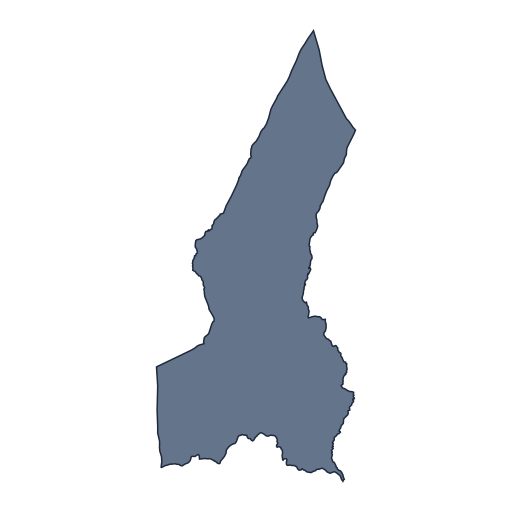 outline of Hai, Kilimanjaro, United Republic of Tanzania
{"feature_id": "72390352B77483544974211", "entity_name": "Hai", "entity_type": "district", "adm_level": 2, "iso_a3": "TZA", "parent_name": "United Republic of Tanzania", "parent_adm1": "Kilimanjaro", "projection": "robinson", "projection_center": [37.242, -3.24], "detail": "fine", "context": "isolated", "style": "filled", "palette": "slate", "viewbox_px": 512, "rotation_deg": 0, "n_neighbors": 0, "source": "geoboundaries", "source_scale": "gbopen_adm2", "svg_char_len": 6117}
<svg xmlns="http://www.w3.org/2000/svg" viewBox="0 0 512 512"><path d="M161.2,468.0L161.2,467.7L165.2,465.6L167.8,465.0L169.4,464.3L175.4,463.8L176.4,464.2L179.0,464.4L180.0,465.3L182.1,465.9L185.1,464.0L188.0,462.9L189.5,461.6L190.5,459.8L191.1,457.1L191.7,456.5L192.4,456.3L194.9,456.5L198.0,454.5L198.7,454.8L199.3,456.2L199.5,459.1L204.9,458.5L208.1,458.9L209.1,458.6L210.4,458.8L214.5,460.8L214.4,461.1L216.2,461.9L217.1,462.9L218.2,463.5L219.4,463.6L219.9,463.4L220.5,461.3L224.3,456.6L226.0,453.3L226.4,450.0L226.8,449.4L229.0,446.6L231.1,445.0L232.7,444.1L235.0,443.4L235.5,442.9L236.6,441.1L237.3,438.7L238.5,435.9L241.3,435.1L242.0,434.5L243.9,435.1L246.7,435.3L247.1,436.6L247.9,438.1L248.8,438.6L250.2,438.6L251.5,440.4L252.7,440.9L253.7,440.2L255.4,437.3L256.9,436.0L257.9,434.7L260.0,433.0L261.2,432.7L263.8,434.0L266.5,436.0L268.4,436.1L270.4,435.2L273.0,435.4L274.6,435.7L275.7,436.6L277.1,439.0L277.2,440.2L277.0,441.6L277.7,443.1L277.7,443.8L276.6,445.0L276.6,446.5L276.9,447.0L277.4,447.2L278.5,446.6L279.1,446.7L280.8,447.5L281.0,448.7L282.3,450.3L282.4,451.1L282.6,453.1L282.1,455.4L282.7,459.9L283.1,460.2L284.2,458.9L285.0,458.7L285.8,458.7L286.8,459.3L287.0,459.9L286.3,462.0L286.5,464.5L286.9,465.0L287.3,465.3L290.1,465.1L292.6,465.6L293.9,465.4L296.8,466.9L297.6,468.9L299.1,470.2L301.0,469.9L302.1,468.8L303.6,470.0L305.0,470.4L306.9,471.9L310.1,472.5L311.5,472.5L313.1,471.4L315.4,470.7L316.9,469.3L318.9,469.3L321.4,468.4L322.6,468.4L325.0,469.8L327.2,472.0L329.6,473.1L330.4,473.2L332.9,472.1L334.9,471.8L337.1,473.3L340.2,475.8L341.5,479.3L342.9,481.3L343.5,480.0L344.3,479.3L343.2,476.7L343.0,475.1L341.8,472.6L340.6,471.0L338.8,470.2L337.4,469.0L337.1,467.7L336.1,467.1L336.1,466.1L334.4,462.7L334.1,462.3L333.2,462.2L332.6,461.2L332.3,459.7L331.4,458.3L332.4,454.4L331.5,453.1L332.3,452.1L331.5,450.3L333.2,448.5L333.1,448.2L332.3,447.4L333.2,446.4L333.1,446.1L332.5,445.9L333.3,443.5L333.2,443.3L332.5,443.2L332.4,442.8L332.9,441.4L333.6,441.0L334.2,440.1L334.2,437.5L336.2,435.9L337.6,434.0L339.0,433.6L340.4,432.2L340.3,431.7L339.1,431.0L339.0,430.5L340.7,427.8L341.2,425.7L343.3,423.4L343.7,418.8L347.7,414.8L348.3,413.2L347.8,410.9L349.8,410.1L349.4,407.3L350.3,406.1L351.6,405.1L351.9,403.5L353.5,401.7L353.4,400.4L352.9,400.3L352.7,399.6L353.2,398.8L353.6,398.7L354.0,398.9L354.4,398.5L354.3,398.0L353.5,397.1L353.2,396.3L353.5,395.6L353.9,395.3L353.4,394.4L353.7,392.8L353.4,392.1L351.0,391.5L349.8,391.6L346.5,389.9L344.8,388.7L342.7,388.1L341.1,385.8L341.3,385.2L342.6,384.5L343.1,383.8L342.6,382.6L343.2,381.5L342.9,380.0L343.3,377.3L344.3,375.5L345.2,374.8L345.4,373.8L345.7,373.8L345.5,373.5L346.7,372.4L346.4,371.1L347.1,369.2L346.5,365.4L346.8,363.8L345.8,363.3L345.6,362.1L344.2,362.0L343.7,361.3L342.5,359.0L342.4,358.1L340.8,355.7L340.9,353.8L340.6,353.0L339.1,352.4L338.7,351.2L337.9,350.5L337.6,347.5L336.7,346.9L336.3,345.9L335.8,345.6L334.9,345.7L333.4,346.3L332.8,346.3L331.9,344.9L330.7,341.1L329.4,340.4L328.6,339.3L326.5,338.6L324.0,335.2L323.8,334.5L324.0,333.6L323.9,332.6L325.3,331.2L326.1,327.9L326.1,324.0L325.3,321.7L325.3,319.3L322.8,319.6L322.1,319.3L320.9,317.6L319.6,316.7L317.5,316.7L315.6,316.2L313.4,316.4L308.5,317.9L308.0,316.5L308.5,315.3L309.1,311.1L308.3,309.0L308.3,306.9L307.0,305.1L306.5,302.2L306.1,302.3L305.9,302.8L305.4,302.9L303.1,300.8L302.3,299.0L302.2,297.3L303.3,293.6L303.6,290.0L304.1,289.1L304.0,287.6L304.7,285.7L304.5,284.5L304.8,284.1L305.4,284.4L305.4,284.1L304.8,283.2L304.9,282.3L305.6,280.4L306.8,279.6L307.0,279.0L307.4,278.7L307.7,277.1L307.4,275.8L307.8,274.8L307.8,273.7L308.2,273.5L308.6,273.9L310.7,269.5L310.2,268.0L308.8,268.3L308.7,267.8L309.8,266.3L310.2,265.1L310.7,260.6L312.0,258.6L312.0,257.2L311.8,255.6L311.3,254.8L310.2,252.2L310.4,251.2L309.9,250.3L309.7,248.9L309.9,248.2L309.7,246.8L309.9,246.4L309.2,245.9L309.1,245.3L310.0,239.0L310.5,237.8L311.5,236.1L313.4,234.8L313.2,233.9L313.6,232.9L315.2,232.7L316.9,228.9L317.6,226.6L317.6,225.4L317.0,222.8L316.8,219.3L316.1,217.6L316.3,217.0L316.1,214.3L317.1,212.6L318.4,211.3L319.2,210.0L319.2,209.5L319.8,208.9L320.2,206.9L320.1,205.8L320.7,205.4L321.3,203.8L323.0,201.4L324.7,196.0L326.7,190.8L329.6,185.0L330.7,180.6L332.8,176.2L334.8,173.3L336.6,172.5L337.3,171.8L343.5,162.9L344.6,157.7L345.2,157.0L346.4,154.6L346.4,152.0L346.9,148.2L347.8,146.1L353.7,134.4L355.5,130.1L352.9,127.2L350.4,123.4L348.1,120.4L346.5,118.8L330.4,88.9L325.8,79.4L322.0,65.0L319.2,50.1L313.5,30.7L307.8,38.8L305.0,43.5L301.0,49.4L299.2,53.2L296.3,60.8L291.5,71.0L289.4,76.6L287.3,81.0L277.6,96.0L276.5,98.7L272.6,105.7L270.9,109.3L268.6,118.1L266.3,124.2L264.2,127.8L262.9,128.9L260.8,131.8L259.0,136.5L256.0,141.5L254.4,142.8L252.0,145.7L251.5,147.2L251.7,148.0L251.0,149.0L250.7,154.7L250.8,155.4L251.5,156.4L250.3,158.4L249.7,158.4L249.3,158.8L248.9,159.4L248.9,160.2L248.2,160.9L247.8,162.4L246.6,164.7L242.3,170.4L240.5,175.6L238.8,178.1L238.7,179.6L236.5,185.3L231.6,195.6L226.2,205.7L223.6,212.9L223.3,213.2L220.1,214.2L219.8,215.5L218.6,216.2L217.6,217.7L216.5,218.4L216.0,219.1L214.7,220.0L213.9,222.0L213.6,223.9L212.1,225.6L211.9,226.0L212.3,226.7L212.0,227.6L212.1,228.8L210.2,229.7L209.2,230.8L208.5,229.9L208.0,230.3L207.6,231.2L205.8,231.5L205.1,233.0L204.6,235.6L203.2,236.7L202.6,237.6L200.1,239.0L196.9,239.7L195.8,240.7L195.3,243.9L195.2,246.8L196.6,249.2L197.4,252.3L197.3,252.8L196.0,254.1L195.7,255.6L194.6,255.8L194.3,257.7L193.4,259.7L192.8,260.5L192.9,261.3L192.4,263.4L193.0,264.4L192.5,265.8L193.0,268.2L192.7,269.9L192.8,270.3L195.1,271.5L197.1,274.1L197.9,274.4L198.6,275.8L199.6,275.8L200.0,276.0L201.5,278.0L201.9,279.8L203.3,281.7L203.2,284.8L204.6,287.5L203.8,289.2L204.3,291.0L204.3,292.8L204.8,296.6L208.0,304.5L208.6,306.4L209.1,309.5L211.9,314.1L214.1,318.2L214.1,320.6L214.0,321.1L213.0,321.7L211.8,324.1L208.8,333.3L207.9,334.5L205.2,336.6L204.2,337.9L203.6,342.1L204.0,343.7L199.1,345.1L197.2,346.1L194.6,348.2L191.4,350.1L156.5,366.9L157.7,386.0L157.1,410.3L157.7,426.7L157.7,433.1L159.6,441.4L159.5,447.5L159.8,451.1L161.5,456.6L161.8,461.6L161.2,466.5L161.2,468.0Z" fill="#64748b" stroke="#1e293b" stroke-width="1.5"/></svg>